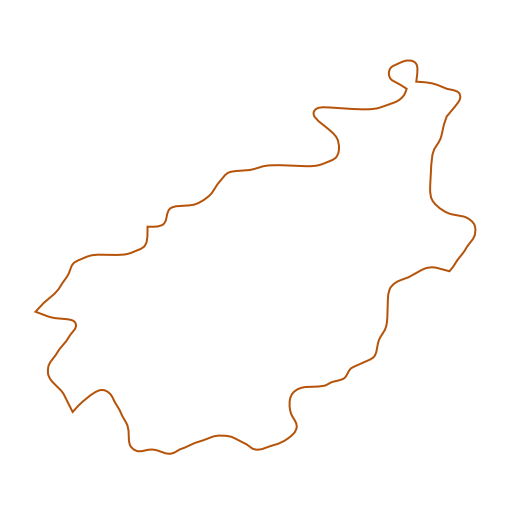 the district of San Gregorio de Yaguate, San Cristóbal, Dominican Republic, rotated 92°
{"feature_id": "3306468B54711183761237", "entity_name": "San Gregorio de Yaguate", "entity_type": "district", "adm_level": 2, "iso_a3": "DOM", "parent_name": "Dominican Republic", "parent_adm1": "San Cristóbal", "projection": "equal_earth", "projection_center": [-70.195, 18.34], "detail": "fine", "context": "isolated", "style": "outline", "palette": "amber", "viewbox_px": 512, "rotation_deg": 92, "n_neighbors": 0, "source": "geoboundaries", "source_scale": "gbopen_adm2", "svg_char_len": 3593}
<svg xmlns="http://www.w3.org/2000/svg" viewBox="0 0 512 512"><g transform="rotate(92 256 256)"><path d="M230.5,365.4L240.3,365.2L245.9,365.8L249.2,367.2L250.7,368.3L252.8,371.2L257.4,381.3L258.6,385.1L259.1,387.4L259.8,394.5L260.2,414.2L260.8,418.9L261.3,421.2L262.6,425.0L266.5,433.4L268.3,436.5L269.4,437.9L272.0,439.8L279.7,442.4L282.7,443.8L289.8,448.5L296.0,452.1L300.7,456.0L310.5,466.7L319.4,474.4L323.4,462.6L324.4,458.9L325.1,454.6L325.8,442.0L326.4,438.3L327.0,436.6L328.0,435.1L329.4,434.1L330.8,433.5L332.3,433.4L335.2,434.3L341.5,439.0L347.6,442.6L356.0,449.2L362.1,452.8L369.1,457.8L372.3,459.3L374.0,459.7L377.5,460.0L381.0,459.7L382.7,459.2L386.0,457.5L389.0,455.0L397.2,446.2L400.2,443.7L418.3,433.8L412.0,428.5L407.6,424.2L400.9,416.5L397.6,411.8L395.9,408.4L395.4,406.5L395.3,404.5L395.5,402.5L397.0,399.3L399.1,396.7L401.7,394.8L407.5,391.7L414.6,387.0L421.0,383.8L426.7,380.2L429.7,378.6L434.9,377.3L445.2,376.5L448.5,375.7L450.0,375.0L451.4,374.0L453.6,371.5L455.0,368.3L455.3,366.6L455.0,363.2L453.4,356.9L453.0,353.1L453.4,349.2L456.4,339.2L456.7,335.5L456.4,333.7L455.3,330.6L452.1,325.7L450.0,320.6L444.9,310.4L442.1,302.5L438.3,293.5L437.6,291.5L436.8,287.2L436.7,280.5L437.2,276.1L437.7,273.9L439.2,270.3L444.6,258.8L448.7,252.7L449.5,249.3L449.5,247.4L448.9,243.6L445.5,235.0L442.8,227.1L439.8,221.3L437.3,217.8L434.7,214.6L431.8,211.9L430.2,210.8L426.9,209.5L425.2,209.3L421.9,209.9L419.1,211.4L415.0,214.1L412.0,215.6L408.6,216.6L405.1,217.2L399.8,217.3L396.3,216.7L392.9,215.3L390.1,213.0L387.8,209.9L386.2,206.3L385.2,202.1L384.3,189.2L383.3,183.4L382.8,181.8L379.7,176.5L379.1,175.0L377.2,168.2L376.0,165.0L375.1,163.6L374.0,162.5L371.5,161.0L367.5,159.1L365.1,157.3L363.3,154.4L355.4,138.2L353.4,135.3L352.1,134.2L350.7,133.4L347.6,132.4L339.3,131.1L335.9,130.3L332.8,128.9L325.5,124.7L322.0,123.5L318.3,122.9L312.6,122.6L295.4,122.7L289.8,122.5L284.4,121.2L282.7,120.4L280.0,118.2L278.7,116.8L276.6,113.8L274.9,110.2L271.8,102.6L264.2,90.0L262.4,86.2L261.8,84.1L261.1,79.8L261.4,75.5L264.5,62.1L259.4,58.3L253.2,54.7L244.8,48.5L238.6,44.9L231.6,39.9L228.5,38.4L226.8,37.9L221.6,37.6L218.2,38.4L216.5,39.1L213.8,41.4L211.6,44.4L209.9,47.9L209.3,49.9L207.4,62.4L206.8,64.5L205.2,68.5L201.9,74.0L197.9,78.8L194.9,81.3L191.5,83.1L185.8,84.2L179.9,84.4L158.2,84.0L148.5,83.2L143.0,81.6L135.8,77.3L132.6,75.8L129.0,74.8L118.2,72.8L109.9,70.3L99.8,62.4L95.0,59.0L92.6,57.8L89.8,57.3L86.9,58.1L85.6,59.2L84.5,60.8L83.3,64.7L82.3,70.9L78.7,80.7L77.3,86.0L76.5,92.7L76.2,101.9L68.4,101.2L62.9,101.2L59.6,101.9L58.1,102.8L56.7,104.2L55.8,106.0L55.3,108.0L55.4,112.0L55.8,113.8L57.0,117.1L61.6,126.2L62.8,127.5L64.2,128.6L67.3,129.6L70.4,129.5L73.3,128.4L74.7,127.3L75.7,126.0L79.7,118.0L83.6,111.3L86.8,112.2L90.0,113.6L92.7,115.7L95.1,118.4L97.1,121.6L97.9,123.5L103.0,136.4L104.3,140.2L105.4,147.4L105.7,154.8L105.7,164.9L105.0,187.4L105.0,194.1L105.6,198.2L106.3,200.0L107.5,201.7L108.9,202.8L110.4,203.4L112.0,203.4L113.5,203.0L115.0,202.2L119.0,198.3L126.7,188.0L130.8,183.0L133.9,180.2L137.4,178.2L143.1,176.9L146.8,176.8L150.4,177.3L153.8,178.8L155.3,180.0L157.4,183.0L161.9,193.0L163.2,196.9L163.7,199.2L164.3,204.1L164.5,209.1L164.4,234.5L164.7,242.1L165.1,247.0L166.0,251.7L169.2,261.1L170.3,265.3L171.8,279.2L172.6,283.5L173.2,285.5L174.1,287.3L176.4,289.9L185.5,296.9L194.7,302.4L197.7,305.1L201.7,309.9L205.1,315.4L206.8,319.5L207.7,324.1L209.1,337.7L210.3,341.5L211.3,343.2L212.6,344.4L214.0,345.2L217.1,346.2L223.5,347.3L226.5,348.8L227.8,350.0L228.7,351.6L229.9,355.2L230.3,359.1L230.5,365.4Z" fill="none" stroke="#b45309" stroke-width="2"/></g></svg>